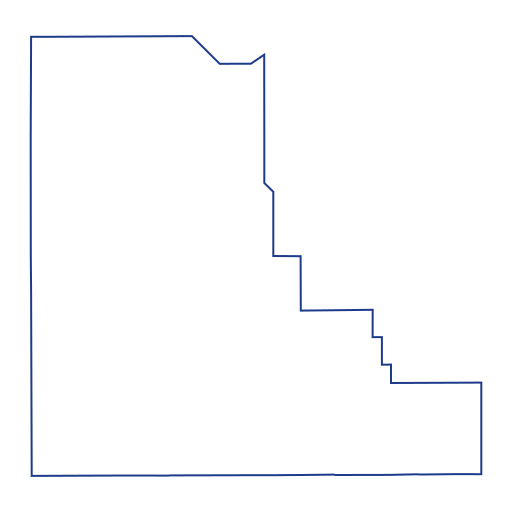 Walthall, Mississippi, United States of America (Robinson projection)
{"feature_id": "52423323B48551637922403", "entity_name": "Walthall", "entity_type": "district", "adm_level": 2, "iso_a3": "USA", "parent_name": "United States of America", "parent_adm1": "Mississippi", "projection": "robinson", "projection_center": [-90.045, 31.176], "detail": "fine", "context": "isolated", "style": "outline", "palette": "blue", "viewbox_px": 512, "rotation_deg": 0, "n_neighbors": 0, "source": "geoboundaries", "source_scale": "gbopen_adm2", "svg_char_len": 617}
<svg xmlns="http://www.w3.org/2000/svg" viewBox="0 0 512 512"><path d="M264.2,54.7L250.9,63.7L219.7,63.8L191.9,36.1L48.6,36.8L31.1,36.8L30.7,136.0L30.7,146.7L30.8,256.0L31.1,291.9L31.7,475.9L100.9,475.6L132.4,475.5L132.8,475.5L167.7,475.6L170.9,475.4L253.3,475.2L275.8,475.2L283.6,475.1L301.5,475.0L333.2,474.6L336.0,475.0L384.4,474.9L388.7,474.9L415.9,474.3L421.0,474.5L459.0,474.1L481.3,474.2L481.3,382.6L391.0,383.0L391.0,364.6L381.9,364.7L381.9,337.1L372.6,337.1L372.7,309.8L300.8,310.6L300.6,256.2L273.3,256.0L273.3,191.8L264.3,183.0L264.3,135.3L264.2,54.7Z" fill="none" stroke="#1e3a8a" stroke-width="2"/></svg>